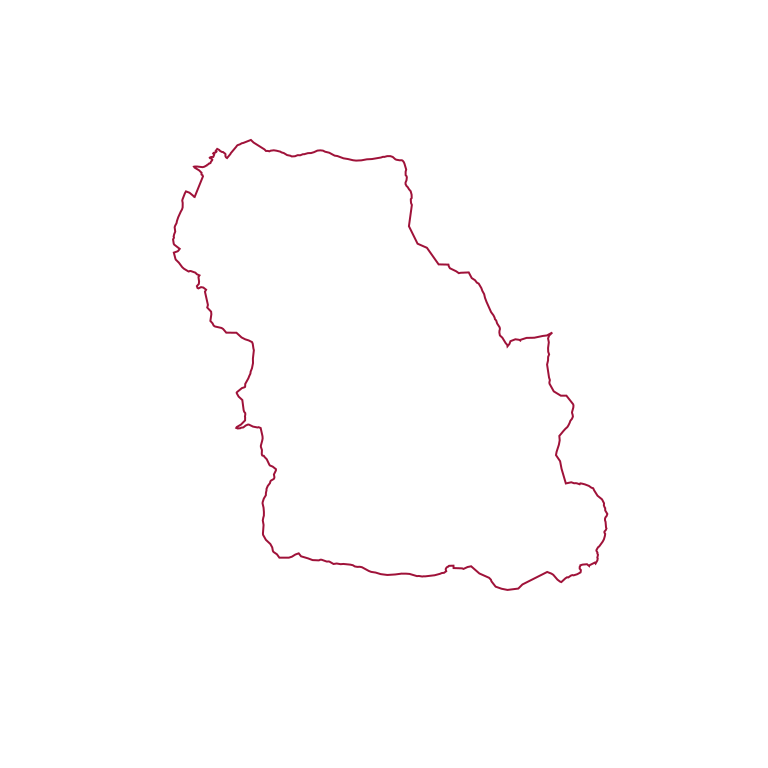 outline of Fundu Moldovei, Suceava, Romania, rotated 30°
{"feature_id": "2599482B95968201222680", "entity_name": "Fundu Moldovei", "entity_type": "district", "adm_level": 2, "iso_a3": "ROU", "parent_name": "Romania", "parent_adm1": "Suceava", "projection": "albers", "projection_center": [25.315, 47.553], "detail": "fine", "context": "isolated", "style": "outline", "palette": "rose", "viewbox_px": 768, "rotation_deg": 30, "n_neighbors": 0, "source": "geoboundaries", "source_scale": "gbopen_adm2", "svg_char_len": 6153}
<svg xmlns="http://www.w3.org/2000/svg" viewBox="0 0 768 768"><g transform="rotate(30 384 384)"><path d="M380.2,586.7L388.5,581.9L390.6,579.6L392.5,576.0L394.8,573.3L398.3,574.7L405.4,573.0L410.2,572.2L415.8,569.3L416.7,568.0L417.8,567.4L423.2,566.4L424.9,565.3L425.7,565.1L430.3,565.1L432.8,563.1L436.6,561.7L438.7,560.2L445.1,557.3L447.7,556.5L449.9,556.6L452.4,555.7L454.4,554.4L456.5,553.7L464.4,553.5L466.9,553.1L471.0,551.5L476.2,550.3L482.4,547.7L489.0,543.3L494.1,539.4L498.0,537.2L501.1,535.7L508.6,533.9L510.2,532.8L513.4,531.6L514.5,530.7L515.7,530.1L523.5,524.3L527.4,520.4L528.6,518.8L530.4,517.5L531.5,515.0L530.2,513.8L529.9,513.0L530.0,511.5L530.6,510.3L531.0,510.0L531.1,509.2L531.3,508.9L535.0,506.6L536.3,508.6L543.8,504.6L545.3,504.4L547.9,500.7L550.6,498.3L561.3,500.4L571.9,499.3L574.4,500.0L575.8,501.2L582.0,503.7L588.3,502.5L593.9,500.6L602.6,494.0L604.1,488.4L619.3,465.2L623.8,464.5L626.0,464.6L632.0,466.7L635.2,467.1L636.6,466.9L638.3,461.5L639.2,459.8L640.3,459.4L641.7,456.4L642.7,455.3L643.9,454.9L646.4,452.2L648.4,448.9L647.9,447.4L647.4,446.6L645.8,446.1L644.9,444.5L645.0,443.6L644.7,442.8L646.3,441.1L649.9,438.6L652.6,439.0L652.4,438.5L655.9,433.2L657.0,433.7L657.0,430.1L656.3,428.2L655.6,427.8L654.7,424.9L653.5,424.1L653.1,423.2L651.6,422.4L651.2,422.0L651.0,421.4L651.0,418.4L651.5,417.3L651.7,416.1L652.2,411.1L652.1,408.5L651.3,405.3L650.5,403.2L649.2,402.5L648.7,401.5L649.1,399.7L648.9,397.9L648.0,397.2L644.8,392.6L643.7,391.7L642.8,390.3L642.6,389.5L642.5,388.5L642.8,387.2L642.4,384.9L638.8,382.9L637.6,380.9L637.0,380.7L635.1,379.2L634.2,377.3L630.5,374.9L624.8,374.0L619.1,371.0L617.3,369.7L615.5,370.1L612.4,369.8L608.1,370.5L605.2,371.3L603.7,371.9L603.6,373.0L601.0,373.5L599.8,373.9L598.3,374.9L595.3,375.5L591.2,379.2L580.1,368.6L575.1,362.8L568.5,359.6L567.4,356.5L565.8,349.1L564.3,344.9L561.8,341.3L562.9,334.9L563.5,332.1L564.3,329.7L564.4,327.7L564.2,324.9L563.8,322.6L564.2,320.2L563.9,317.8L562.8,316.4L561.2,314.9L560.9,314.3L559.7,309.7L558.9,308.0L558.0,307.0L547.8,302.9L543.0,305.7L534.7,305.5L527.2,301.0L526.4,299.9L525.7,297.7L523.7,295.9L515.5,285.6L514.3,281.6L512.6,278.5L512.2,275.8L510.1,274.0L508.1,270.8L505.9,265.5L503.3,262.5L502.8,259.4L504.0,255.3L500.8,260.5L497.6,262.9L491.0,268.8L484.4,272.8L480.1,277.5L480.3,278.2L478.8,278.2L475.4,279.6L472.1,283.7L472.6,286.6L472.1,289.6L471.2,288.5L469.0,287.8L463.3,284.7L460.1,284.0L458.2,281.8L457.4,280.2L456.9,278.4L455.8,277.1L451.7,275.0L449.4,272.9L447.7,272.4L446.7,271.3L444.5,269.8L440.8,268.2L431.7,261.6L428.3,258.8L425.8,256.1L422.5,254.1L420.4,252.3L415.8,249.7L413.8,249.8L410.9,248.6L407.0,248.4L401.6,245.0L394.7,249.4L393.4,250.6L390.2,250.3L383.2,250.8L381.3,249.7L380.1,248.4L371.5,253.1L353.1,244.6L342.9,245.7L326.7,234.9L318.6,215.0L317.0,213.8L315.7,212.0L314.8,210.5L315.0,209.1L313.3,206.3L310.7,203.7L308.4,202.9L306.0,201.6L304.6,201.3L302.7,200.1L301.9,198.7L301.6,196.3L300.5,193.7L299.7,192.8L298.3,192.3L296.6,189.4L296.0,187.2L291.6,183.0L290.3,182.0L288.6,181.3L287.6,181.3L285.8,182.4L282.5,183.6L281.4,183.7L278.0,183.0L275.5,183.5L272.9,185.0L270.7,187.2L269.6,187.7L268.1,189.4L261.1,195.2L256.8,198.0L252.6,201.6L248.1,204.5L245.3,205.7L240.3,207.2L236.1,208.8L229.6,209.9L227.1,210.9L220.9,211.1L216.8,212.3L214.5,212.4L212.0,213.5L209.6,215.2L207.4,218.3L205.3,220.5L202.7,222.1L199.9,225.0L198.9,225.5L197.1,227.8L194.8,229.0L193.0,231.3L190.2,233.1L188.9,233.1L185.6,234.2L181.7,234.1L179.4,234.7L178.1,234.6L174.3,235.7L171.7,236.7L169.1,238.7L168.4,239.8L167.0,240.2L165.2,241.2L163.2,240.6L150.3,240.1L146.7,239.2L141.6,245.6L140.4,246.7L139.4,248.5L137.9,250.2L137.5,251.1L137.4,252.4L135.9,260.8L136.0,261.6L135.1,266.8L133.9,266.7L133.2,266.3L132.6,265.8L132.0,264.5L131.5,264.0L128.5,263.6L127.6,264.1L125.9,264.1L125.2,264.1L124.4,263.7L122.0,263.8L121.7,266.4L122.7,266.6L122.6,267.1L121.9,268.5L120.9,269.0L120.8,269.8L122.3,270.3L122.6,272.7L120.9,273.8L120.2,274.5L120.0,275.2L120.5,275.4L121.3,275.1L123.0,275.4L123.3,276.2L123.0,277.8L123.2,279.5L122.1,280.7L122.1,281.4L121.3,282.6L121.2,283.5L120.4,284.4L120.0,285.4L118.5,286.9L113.2,289.2L111.1,290.5L110.8,290.8L111.8,291.3L117.0,291.4L120.4,292.3L121.0,293.6L121.4,293.9L122.4,293.9L123.4,294.7L126.5,316.7L125.6,316.8L124.7,316.4L119.9,315.6L116.2,316.2L116.2,318.4L117.2,324.8L117.6,326.1L119.1,327.8L121.3,331.7L121.8,333.8L121.8,336.2L122.4,342.4L123.2,346.4L123.9,348.4L124.0,351.4L124.3,352.9L127.0,356.4L127.4,359.2L128.1,361.5L128.7,361.9L129.0,362.7L129.0,364.2L131.8,367.7L132.7,368.2L139.5,369.1L139.2,371.5L138.9,372.3L136.3,375.3L140.8,379.9L141.5,380.4L145.7,381.5L150.8,383.7L153.1,384.2L158.2,384.3L158.7,384.2L159.2,383.4L160.1,382.8L165.0,381.9L167.1,382.5L169.9,382.2L169.8,384.1L172.6,387.7L173.6,389.9L173.0,392.8L174.5,394.1L175.5,394.0L177.1,391.6L179.3,390.8L182.8,391.3L182.8,393.6L192.0,403.6L192.7,406.2L198.1,407.8L199.6,409.9L202.1,416.2L205.2,417.2L207.3,418.6L208.9,418.7L215.3,416.7L217.2,416.8L221.7,418.4L230.6,413.4L237.4,414.9L241.4,414.7L245.1,413.9L248.8,413.7L250.2,414.8L253.3,418.7L254.4,419.8L257.8,427.6L260.1,431.4L261.8,436.4L262.3,439.9L263.1,441.8L263.3,444.3L263.7,447.0L263.8,453.3L264.9,455.4L265.1,456.0L264.8,456.6L263.0,458.6L260.8,464.4L260.7,465.1L261.2,465.7L264.4,467.6L269.3,468.7L275.5,476.8L276.7,477.9L278.4,478.6L279.1,479.7L279.9,481.8L280.4,482.3L281.9,485.0L280.4,490.7L278.0,494.9L278.0,495.9L279.5,495.7L281.7,494.1L282.0,493.4L283.9,491.9L285.0,489.1L286.5,487.1L287.4,486.7L291.8,486.4L296.2,484.9L297.0,484.1L299.2,483.8L304.9,490.0L306.1,491.8L306.8,493.8L308.2,499.0L308.8,500.0L311.3,502.2L313.1,505.7L314.0,506.6L314.5,506.8L315.8,506.3L317.0,506.9L320.1,507.8L325.0,511.2L325.9,511.6L328.9,511.2L333.0,511.8L333.6,512.9L333.9,517.4L335.7,519.5L336.0,520.4L336.0,521.4L334.4,524.2L334.3,525.1L334.8,526.9L334.3,530.4L334.7,533.6L335.4,534.8L336.2,537.4L337.3,539.4L337.2,543.3L338.0,547.0L338.5,548.1L341.5,551.3L344.0,554.9L345.8,558.1L346.3,560.1L347.2,562.7L350.2,566.3L353.9,574.0L354.7,575.1L359.6,578.0L365.6,579.4L368.9,581.4L371.2,584.1L372.3,584.7L376.4,585.0L380.2,586.7Z" fill="none" stroke="#9f1239" stroke-width="2"/></g></svg>